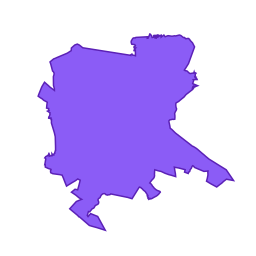 the district of Suchiapa, Chiapas, Mexico, rotated 166°
{"feature_id": "50627088B44239726364509", "entity_name": "Suchiapa", "entity_type": "district", "adm_level": 2, "iso_a3": "MEX", "parent_name": "Mexico", "parent_adm1": "Chiapas", "projection": "mercator", "projection_center": [-93.131, 16.595], "detail": "fine", "context": "isolated", "style": "filled", "palette": "violet", "viewbox_px": 256, "rotation_deg": 166, "n_neighbors": 0, "source": "geoboundaries", "source_scale": "gbopen_adm2", "svg_char_len": 5608}
<svg xmlns="http://www.w3.org/2000/svg" viewBox="0 0 256 256"><g transform="rotate(166 128 128)"><path d="M196.7,53.6L189.1,42.8L186.4,41.2L182.3,38.9L174.8,34.3L178.8,49.5L185.0,54.0L188.2,51.7L188.7,52.9L186.6,56.5L186.2,56.2L185.5,55.9L182.1,58.4L181.2,58.4L180.6,58.6L180.1,59.0L179.5,59.6L178.8,60.4L178.0,60.8L176.4,61.1L175.3,61.5L174.7,62.2L174.3,63.2L174.4,64.3L174.6,65.3L174.4,65.8L173.9,66.4L173.3,66.8L172.4,67.0L171.8,67.4L170.9,68.6L170.1,69.4L169.3,69.8L168.5,70.2L167.6,70.2L166.8,70.1L166.1,69.6L165.5,68.6L165.0,68.4L164.4,67.9L164.0,68.0L163.4,67.9L161.6,67.7L160.7,68.2L145.0,60.7L141.2,58.4L131.5,67.8L131.1,67.9L130.8,67.7L130.5,67.4L130.0,67.2L129.6,66.3L129.0,65.7L128.1,64.0L126.7,62.2L126.5,61.7L125.1,57.8L125.8,57.5L125.0,55.5L125.7,55.3L125.1,53.7L123.7,54.2L123.6,53.8L122.4,53.7L121.4,53.9L119.8,54.4L116.9,55.1L115.7,55.6L114.2,56.4L113.1,57.3L112.2,57.9L112.3,58.6L113.0,59.2L114.5,60.2L115.4,61.0L116.2,62.0L117.1,63.3L117.7,64.7L118.3,65.7L118.7,67.2L119.3,68.4L120.2,69.4L117.7,71.5L115.3,73.0L114.5,73.9L114.2,74.4L113.8,75.2L113.5,76.9L113.1,78.0L112.8,79.2L112.1,81.0L109.1,79.2L106.3,77.8L103.0,75.1L99.4,72.7L97.8,71.9L93.5,69.3L93.1,72.0L93.0,72.6L93.0,73.6L92.9,74.5L92.9,75.0L92.6,78.0L92.5,78.8L91.8,78.4L88.6,77.0L82.6,73.7L83.8,71.5L80.6,69.3L80.3,69.8L80.0,70.1L79.6,70.6L78.8,70.8L78.2,71.5L77.9,72.4L76.2,73.7L75.4,74.9L74.8,75.5L74.4,75.8L74.0,75.5L73.7,75.1L73.3,74.6L73.1,73.7L64.8,67.5L60.8,66.9L61.1,66.1L61.4,65.2L61.5,64.3L61.7,63.5L62.0,62.6L63.4,59.7L64.7,57.4L61.1,53.8L56.2,49.3L51.7,51.3L50.8,51.6L50.0,52.0L48.3,53.0L46.5,53.8L44.9,54.5L42.3,53.3L38.3,51.5L42.8,63.7L50.6,71.7L52.7,73.9L56.9,78.2L59.4,81.6L60.9,83.8L62.4,85.8L63.8,87.8L65.6,90.4L66.7,91.8L67.1,92.2L69.1,94.3L69.7,94.5L83.3,111.8L83.5,112.2L83.9,112.8L85.9,116.1L87.1,117.5L86.9,119.9L86.8,122.4L86.8,124.0L86.6,124.9L86.1,125.4L85.5,125.8L84.6,125.7L82.8,125.7L81.6,125.3L80.5,125.2L79.9,127.0L79.4,129.2L79.3,130.6L78.5,131.9L76.7,133.8L76.2,134.9L76.4,136.1L76.3,137.4L76.1,138.7L75.7,140.1L75.1,140.8L73.9,141.1L72.8,141.4L72.2,141.6L71.3,142.1L69.6,142.9L68.4,143.5L67.9,143.7L66.8,144.2L66.3,144.4L63.6,146.4L55.9,149.8L55.0,150.6L55.9,151.1L55.0,152.4L54.2,151.7L53.8,152.7L53.1,151.7L52.7,152.0L51.8,152.0L50.2,152.2L54.5,155.4L52.8,158.2L53.0,159.1L52.5,159.0L49.2,158.3L49.3,159.1L50.5,160.5L49.7,160.9L50.7,161.7L50.4,162.0L50.1,162.4L49.9,163.4L49.5,164.2L48.8,164.7L50.3,166.1L50.3,166.3L50.9,165.3L51.0,165.4L51.6,165.6L52.5,165.6L53.1,165.7L53.6,165.7L54.4,165.8L55.0,166.1L55.5,166.8L56.1,167.7L56.5,168.4L57.0,169.1L58.6,169.8L58.9,170.1L59.0,170.3L59.3,170.6L57.3,172.4L53.7,175.9L43.8,190.6L44.8,195.0L46.5,198.0L46.7,198.9L47.1,199.4L47.2,199.7L47.5,200.2L48.2,200.4L50.0,200.6L50.6,200.8L50.9,201.6L51.4,202.2L51.8,202.1L52.6,202.7L53.2,203.4L54.2,204.8L54.5,205.1L55.7,205.8L59.6,205.8L60.5,206.2L63.1,206.4L65.3,207.3L66.8,207.9L68.0,207.8L68.7,207.7L69.9,207.6L70.3,208.4L70.7,209.5L73.8,208.2L73.2,210.1L73.3,210.2L73.7,210.0L74.2,209.5L75.6,210.4L75.9,209.4L76.2,209.4L76.5,209.3L76.6,209.1L77.3,209.0L77.3,209.7L77.0,210.3L76.9,210.4L76.8,211.1L78.0,211.0L78.5,211.0L78.9,208.4L80.0,208.8L79.6,211.4L80.6,211.5L81.1,210.0L81.3,209.9L82.7,210.0L82.8,210.7L82.8,210.8L82.7,211.5L83.9,214.2L83.8,214.3L84.1,214.1L84.8,212.8L86.2,211.2L86.5,210.8L86.8,210.3L87.6,210.4L87.0,211.8L98.5,214.0L99.0,213.7L100.5,214.0L101.2,214.0L101.8,213.6L102.2,213.3L102.6,212.8L103.1,212.4L103.5,212.0L104.0,211.2L104.2,210.5L104.2,209.3L104.1,208.4L101.3,207.3L100.9,206.0L101.4,205.6L102.1,205.6L102.4,205.5L102.7,204.6L102.4,204.3L102.1,204.1L101.9,204.0L101.7,204.0L101.2,203.8L102.5,203.1L102.2,202.9L103.1,201.8L104.0,201.5L102.1,201.5L102.9,197.9L103.3,196.3L104.1,196.8L106.0,197.7L106.3,198.8L107.7,198.3L107.9,198.3L107.9,197.8L109.8,198.7L152.5,216.8L154.7,219.7L155.3,220.4L156.9,221.7L159.6,221.4L163.6,219.3L164.4,216.8L168.8,215.3L183.5,213.0L187.6,211.1L187.7,210.7L187.5,209.1L187.4,201.5L186.8,200.7L186.5,199.3L186.5,198.9L186.9,197.7L188.0,195.9L190.0,187.3L189.9,183.9L190.3,182.3L190.6,182.7L191.0,183.1L194.0,186.8L195.1,188.6L195.5,189.1L197.9,192.6L201.3,189.2L202.2,188.1L206.6,182.0L207.5,180.6L205.5,178.3L204.4,177.2L204.1,176.9L203.3,175.6L202.8,175.0L201.4,173.8L200.8,173.2L200.1,172.5L200.8,170.9L201.4,169.3L202.2,167.0L200.3,166.1L200.5,165.4L200.7,164.9L200.5,164.3L201.0,164.4L201.7,163.7L201.9,163.7L200.0,161.6L200.3,161.1L200.3,160.7L200.3,160.3L200.3,160.2L200.7,159.7L201.1,158.8L202.2,157.8L202.4,157.4L202.6,156.7L201.2,156.1L201.1,156.5L200.3,156.3L200.6,154.8L200.2,154.7L201.1,151.5L201.1,151.0L200.6,141.3L200.7,137.1L202.7,128.0L203.7,123.8L203.9,123.8L204.4,122.8L205.0,122.0L205.2,121.2L205.4,121.2L206.0,120.9L206.4,120.3L206.5,119.8L207.0,119.9L206.9,120.0L207.6,120.4L208.0,121.4L208.4,119.5L210.2,119.8L211.2,119.7L210.6,121.1L210.9,122.4L211.1,122.2L211.1,121.8L211.4,121.3L211.7,121.2L211.8,120.9L212.9,120.8L213.3,120.4L213.6,120.3L214.2,120.3L214.8,120.1L215.3,119.7L216.0,119.1L215.4,118.6L215.3,117.8L216.2,115.8L216.9,114.1L217.7,112.5L217.2,112.3L217.7,110.1L215.0,107.9L212.8,106.6L212.7,106.3L212.8,106.0L213.4,105.5L213.7,104.5L213.8,103.3L213.3,103.0L212.6,102.3L212.1,101.9L205.1,99.1L204.0,98.5L203.3,98.2L203.3,97.9L203.0,96.1L202.8,94.9L202.6,93.3L202.4,91.5L202.2,90.1L202.1,89.4L202.0,88.6L201.7,86.5L199.9,87.1L197.9,87.7L195.8,88.4L193.4,89.1L191.7,89.6L189.1,90.7L187.0,88.9L189.4,84.4L191.8,80.2L194.2,81.4L198.4,79.4L194.8,75.4L192.5,72.2L190.2,70.0L195.9,69.2L204.1,63.7L202.6,61.6L197.9,55.2L197.3,53.8L197.0,53.7L196.7,53.6Z" fill="#8b5cf6" stroke="#5b21b6" stroke-width="1.5"/></g></svg>